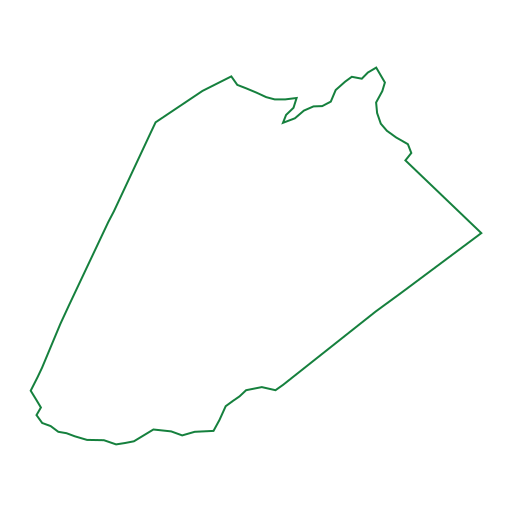 Areia Branca, Sergipe, Brazil
{"feature_id": "56859067B35376876870912", "entity_name": "Areia Branca", "entity_type": "district", "adm_level": 2, "iso_a3": "BRA", "parent_name": "Brazil", "parent_adm1": "Sergipe", "projection": "albers", "projection_center": [-37.332, -10.786], "detail": "fine", "context": "isolated", "style": "outline", "palette": "green", "viewbox_px": 512, "rotation_deg": 0, "n_neighbors": 0, "source": "geoboundaries", "source_scale": "gbopen_adm2", "svg_char_len": 960}
<svg xmlns="http://www.w3.org/2000/svg" viewBox="0 0 512 512"><path d="M481.3,233.1L405.4,160.4L411.3,153.0L407.9,144.2L396.2,137.5L386.9,130.8L380.8,123.7L377.1,113.0L376.1,102.5L382.3,91.1L384.9,82.5L376.2,67.6L367.9,72.5L361.8,78.7L351.8,76.8L345.2,81.6L335.7,90.0L330.8,101.6L322.2,106.1L313.5,106.4L303.9,110.6L294.9,118.3L283.0,122.8L286.1,114.9L293.5,107.8L296.6,98.0L285.2,99.4L274.7,99.4L266.1,97.1L256.4,92.6L246.1,88.3L237.3,84.9L231.3,76.4L202.5,90.9L155.6,122.3L151.2,131.6L113.9,211.3L108.3,222.0L69.2,304.8L60.4,323.8L42.1,367.6L37.7,376.9L30.7,390.7L36.1,399.5L40.9,407.5L36.5,415.1L42.2,423.0L50.7,426.1L58.3,431.8L66.5,433.2L74.8,436.3L87.0,439.9L103.9,440.2L116.1,444.4L125.1,443.0L133.9,441.3L153.4,429.5L171.2,431.4L182.2,435.4L194.7,431.8L213.5,430.9L219.5,419.9L225.7,406.2L232.5,401.2L239.5,396.4L246.1,390.2L261.8,387.1L275.5,390.2L283.0,384.9L375.7,311.5L401.8,292.4L481.3,233.1Z" fill="none" stroke="#15803d" stroke-width="2"/></svg>